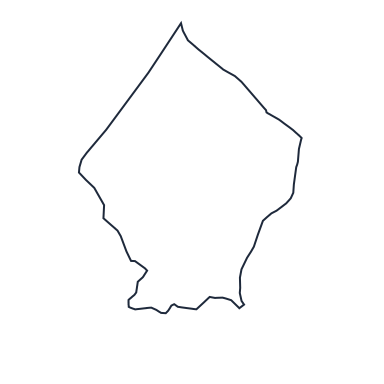 the district of At Tawisha, North Darfur, Sudan, rotated 306°
{"feature_id": "16777658B99134318369126", "entity_name": "At Tawisha", "entity_type": "district", "adm_level": 2, "iso_a3": "SDN", "parent_name": "Sudan", "parent_adm1": "North Darfur", "projection": "albers", "projection_center": [26.309, 12.46], "detail": "fine", "context": "isolated", "style": "outline", "palette": "slate", "viewbox_px": 384, "rotation_deg": 306, "n_neighbors": 0, "source": "geoboundaries", "source_scale": "gbopen_adm2", "svg_char_len": 2768}
<svg xmlns="http://www.w3.org/2000/svg" viewBox="0 0 384 384"><g transform="rotate(306 192 192)"><path d="M300.1,249.0L300.2,248.6L300.6,245.8L301.1,240.8L301.5,237.4L301.6,232.8L301.6,227.7L301.6,226.4L301.7,222.1L301.7,219.9L301.7,219.7L300.7,210.8L300.6,209.5L300.2,206.7L300.3,206.5L300.2,205.5L301.7,203.8L302.4,200.5L303.3,196.7L304.1,193.3L310.2,167.3L310.2,167.2L311.0,158.5L310.6,155.2L310.0,150.4L309.6,146.8L309.6,146.7L309.4,145.3L309.5,144.5L309.9,136.7L309.9,136.3L310.1,133.2L310.2,130.7L310.5,124.9L310.8,120.3L310.8,120.2L311.1,114.4L311.1,114.1L311.2,112.8L311.4,110.7L311.9,105.1L312.3,99.5L312.4,99.4L315.0,94.1L316.2,91.6L317.2,89.7L321.5,84.6L322.1,83.9L283.7,85.7L262.9,86.6L191.9,86.0L161.9,83.8L153.3,83.7L146.0,86.3L141.3,89.1L139.4,99.2L137.9,110.5L129.7,128.6L118.7,135.8L118.0,143.4L117.0,154.4L114.4,160.3L105.4,173.9L100.4,183.2L100.4,183.3L100.7,183.6L102.6,186.5L102.6,187.1L102.6,189.0L102.6,192.3L102.6,194.9L102.6,195.2L102.6,196.7L102.6,197.4L102.6,197.5L102.6,197.9L102.6,198.7L102.6,198.8L102.0,201.9L100.1,202.0L96.4,202.2L95.4,202.3L95.1,202.3L94.3,202.3L94.1,202.3L93.5,202.2L90.3,201.5L87.9,201.0L87.5,200.9L86.4,201.5L85.2,202.1L84.9,202.3L82.5,203.5L82.0,203.8L78.3,205.7L78.0,205.9L77.2,205.9L76.5,205.9L75.9,205.9L75.7,205.9L75.0,205.9L73.7,205.6L72.7,205.3L71.3,205.0L71.2,205.0L70.9,204.9L70.7,204.9L69.4,204.5L69.2,204.5L68.4,204.3L68.0,204.2L67.9,204.2L67.6,204.1L67.4,204.1L67.2,204.2L67.1,204.3L66.8,204.5L66.7,204.6L66.4,204.8L66.2,204.9L66.1,205.0L65.9,205.2L65.7,205.3L65.5,205.5L65.4,205.5L65.2,205.7L64.9,205.9L64.8,206.0L64.7,206.1L64.2,206.4L64.1,206.5L63.9,206.6L63.7,206.8L63.5,207.0L63.4,207.1L62.5,207.9L62.3,208.0L62.2,208.2L62.1,208.3L61.9,208.4L61.9,208.5L62.1,209.4L62.1,209.7L63.0,213.0L63.1,213.3L63.3,213.8L63.6,215.0L65.2,216.7L66.0,217.6L67.1,218.8L69.5,221.4L71.2,223.3L71.3,223.3L73.6,225.9L73.9,226.3L74.5,227.0L74.6,227.3L74.7,227.9L75.6,232.2L75.7,233.2L75.7,233.5L75.8,235.5L76.0,237.4L76.0,238.0L78.5,242.0L81.9,242.5L84.2,242.4L85.8,242.3L86.3,242.2L88.0,242.1L90.7,243.5L90.8,243.6L90.8,244.2L90.8,244.7L90.8,245.4L90.8,245.8L90.8,246.9L90.8,247.9L90.8,248.0L92.6,251.5L94.6,255.2L94.8,255.6L95.8,257.4L97.6,260.7L98.1,261.7L98.8,263.0L99.7,264.5L110.2,266.6L111.9,266.9L113.9,267.3L115.6,267.6L117.5,268.0L119.3,271.8L119.5,272.2L119.8,272.9L121.0,274.3L124.5,278.8L125.2,280.6L125.8,282.2L127.5,287.3L125.9,298.2L125.8,298.6L131.5,300.3L133.0,296.1L138.4,290.0L142.7,287.4L150.9,281.1L158.5,277.5L171.2,275.2L178.4,274.8L184.1,274.2L196.1,270.4L210.4,266.3L216.0,267.5L221.4,268.8L226.6,271.4L238.2,274.9L244.9,275.6L250.9,274.4L258.1,269.9L273.4,261.7L275.9,261.0L278.7,259.9L289.7,253.2L298.5,249.5L299.4,249.2L300.1,249.0Z" fill="none" stroke="#1e293b" stroke-width="2"/></g></svg>